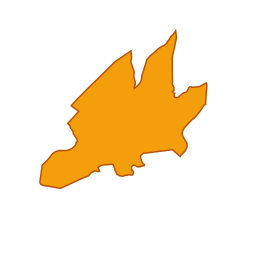 the district of Picuí, Paraíba, Brazil, rotated 226°
{"feature_id": "56859067B6156700578434", "entity_name": "Picuí", "entity_type": "district", "adm_level": 2, "iso_a3": "BRA", "parent_name": "Brazil", "parent_adm1": "Paraíba", "projection": "robinson", "projection_center": [-36.343, -6.485], "detail": "fine", "context": "isolated", "style": "filled", "palette": "amber", "viewbox_px": 256, "rotation_deg": 226, "n_neighbors": 0, "source": "geoboundaries", "source_scale": "gbopen_adm2", "svg_char_len": 2459}
<svg xmlns="http://www.w3.org/2000/svg" viewBox="0 0 256 256"><g transform="rotate(226 128 128)"><path d="M153.8,31.5L152.7,30.0L149.8,26.6L148.2,26.2L145.6,27.1L138.6,32.4L131.8,37.2L130.6,40.1L126.0,53.2L123.4,60.7L121.1,66.0L121.1,68.1L121.4,70.3L120.8,72.1L120.4,74.3L118.9,75.3L117.5,76.0L116.5,77.5L118.7,78.4L120.3,79.0L120.0,81.1L119.5,83.1L118.6,84.5L117.2,86.3L116.0,87.5L114.8,89.1L113.4,90.8L112.3,92.0L108.7,90.5L106.2,89.2L102.3,88.0L99.4,88.8L96.8,90.8L96.1,92.8L94.6,94.4L94.0,95.9L92.9,97.0L91.3,98.1L91.4,99.7L92.7,101.6L94.5,101.6L95.8,102.0L97.8,103.8L97.4,106.4L95.5,107.4L93.9,107.6L91.8,109.5L90.9,111.7L89.7,113.1L90.2,114.5L91.8,114.0L93.6,114.3L96.0,115.4L97.8,116.4L99.4,117.8L99.2,119.2L99.2,121.3L81.5,144.9L71.3,145.7L71.7,147.1L71.7,152.6L72.7,156.1L74.1,158.1L76.4,159.9L79.8,160.7L83.3,161.5L85.7,162.6L87.1,163.8L88.0,165.4L88.8,168.0L89.2,172.5L89.5,179.2L89.3,181.2L89.1,183.2L89.3,185.7L90.1,192.0L91.6,198.6L91.1,200.2L94.9,204.2L103.7,214.2L105.9,215.6L106.8,213.3L107.4,211.0L108.0,208.5L109.6,206.3L111.1,204.5L112.4,202.7L113.8,201.9L114.8,200.9L114.6,199.4L113.9,197.5L113.3,195.5L113.7,194.0L114.5,192.8L115.0,190.8L115.1,188.2L115.1,185.7L116.2,183.8L118.1,183.1L119.8,184.1L120.5,185.7L121.8,184.9L123.1,185.0L123.1,187.2L124.9,188.9L126.7,189.6L128.6,190.3L130.3,192.1L139.1,200.3L148.2,209.1L159.2,225.5L164.8,229.8L164.4,227.6L164.0,225.4L164.0,223.9L164.0,222.4L163.4,220.4L162.9,218.2L162.7,216.4L162.1,214.5L162.1,212.7L162.4,210.8L163.2,209.1L163.6,206.8L164.0,204.3L164.0,202.0L164.1,200.5L164.1,199.0L164.3,197.0L164.5,194.1L164.4,191.7L164.1,189.4L163.2,187.5L162.1,185.7L161.4,184.3L160.5,182.6L159.5,181.0L158.9,179.8L158.1,178.4L156.9,176.0L155.7,173.9L154.1,172.1L152.8,170.1L152.0,167.4L151.8,165.0L151.7,162.9L152.1,160.2L153.2,161.0L154.0,163.1L155.6,164.7L157.1,165.7L158.5,166.5L160.1,167.3L161.7,168.6L163.2,170.4L164.1,171.4L165.4,172.1L167.1,172.9L168.4,173.5L170.7,174.6L172.4,175.3L173.6,176.1L174.7,177.6L176.2,179.5L178.3,181.3L180.3,182.9L181.4,183.8L184.7,165.2L184.4,142.8L184.4,127.9L184.2,119.4L184.1,112.1L183.5,102.6L179.1,103.3L174.2,104.1L173.1,87.7L169.7,87.9L168.4,86.7L165.3,86.5L163.9,86.0L161.7,84.7L159.1,84.2L155.3,83.5L153.4,82.3L153.6,80.6L152.6,79.1L152.0,77.2L152.1,73.8L153.3,70.3L154.7,67.9L159.7,62.8L161.0,60.1L161.7,57.8L161.9,55.7L161.0,49.0L160.8,44.3L160.6,40.2L157.5,36.2L154.9,33.0L153.8,31.5Z" fill="#f59e0b" stroke="#b45309" stroke-width="1.5"/></g></svg>